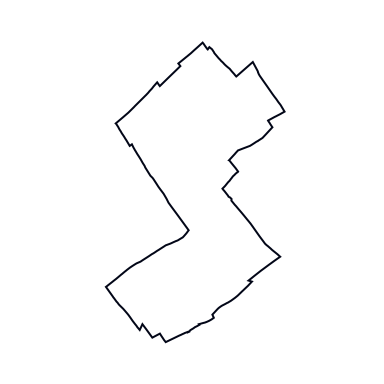 Baneasa, Galati, Romania (Robinson projection), rotated 54°
{"feature_id": "2599482B61447316542835", "entity_name": "Baneasa", "entity_type": "district", "adm_level": 2, "iso_a3": "ROU", "parent_name": "Romania", "parent_adm1": "Galati", "projection": "robinson", "projection_center": [27.977, 45.93], "detail": "fine", "context": "isolated", "style": "outline", "palette": "ink", "viewbox_px": 384, "rotation_deg": 54, "n_neighbors": 0, "source": "geoboundaries", "source_scale": "gbopen_adm2", "svg_char_len": 4452}
<svg xmlns="http://www.w3.org/2000/svg" viewBox="0 0 384 384"><g transform="rotate(54 192 192)"><path d="M301.1,284.8L301.2,284.1L301.3,283.6L301.8,281.2L301.8,280.9L302.0,280.2L302.6,278.0L303.0,278.1L303.3,276.7L303.1,276.7L303.0,275.9L303.1,275.4L302.8,274.6L303.1,271.2L303.1,268.9L303.2,268.4L303.5,266.8L303.8,264.1L303.0,264.1L304.8,259.3L305.3,258.2L305.3,257.8L305.6,257.1L305.9,255.7L306.2,254.3L306.3,253.6L306.4,252.8L306.6,251.0L306.6,248.8L306.6,248.3L303.2,247.6L301.8,240.5L301.6,239.3L301.5,238.2L301.5,236.9L301.5,235.9L301.6,234.4L302.1,231.2L302.4,228.7L302.6,228.0L302.7,226.6L302.9,224.4L302.9,222.3L302.9,219.5L302.8,217.4L302.7,215.8L301.9,210.3L300.8,201.9L299.7,196.2L296.9,198.3L296.5,190.4L296.2,182.6L296.1,172.3L296.1,165.5L296.2,158.7L292.8,159.4L292.0,159.6L288.0,160.7L285.7,161.3L284.0,161.6L282.3,162.0L280.5,162.4L278.8,162.9L276.7,163.3L275.1,163.3L274.0,163.3L267.7,163.4L252.3,163.2L248.5,163.4L245.4,163.6L244.8,163.6L243.8,163.7L243.3,163.7L238.5,164.0L235.8,164.2L233.5,164.4L229.1,164.7L227.7,164.9L222.1,165.2L220.9,164.1L219.6,164.3L218.6,164.5L218.0,164.9L217.4,165.1L217.0,165.2L216.4,165.0L213.7,165.1L210.6,165.2L208.4,165.4L207.2,165.4L206.6,161.8L205.3,157.0L205.0,155.0L204.4,153.2L204.1,152.0L203.4,149.8L203.3,149.1L203.1,147.3L202.9,146.5L202.7,144.6L202.8,143.6L202.8,143.4L202.6,142.7L198.4,142.7L191.8,143.1L188.4,143.2L188.1,143.4L187.2,138.9L186.3,134.4L186.2,134.2L185.5,130.8L185.5,130.5L185.4,130.3L185.6,129.7L186.6,125.9L188.8,117.8L188.8,117.3L188.9,116.4L189.1,112.7L189.2,110.1L189.3,109.7L189.4,109.1L189.5,108.9L189.4,108.6L189.7,103.5L189.7,103.2L189.6,102.6L188.7,97.9L186.9,88.9L186.2,88.9L184.2,88.8L183.8,88.8L182.2,88.7L181.7,88.6L180.0,88.6L178.9,88.5L178.9,88.4L179.9,80.7L180.1,79.9L180.1,79.6L180.8,75.2L181.0,73.4L181.4,69.9L174.9,69.3L174.1,69.2L172.9,69.2L170.1,69.3L166.3,69.2L163.1,69.3L160.8,69.3L159.6,69.3L150.4,69.1L143.5,69.0L138.4,68.9L137.8,68.9L135.9,68.7L135.2,68.5L134.1,68.3L134.0,68.2L133.2,67.9L132.3,67.7L122.6,66.4L123.6,77.3L124.6,88.1L124.6,88.3L122.6,88.5L121.6,88.5L117.9,88.9L116.2,89.0L114.4,89.1L112.6,89.6L110.6,90.1L108.7,90.5L107.3,90.7L106.7,90.8L106.0,90.8L105.6,90.9L104.4,91.1L103.1,91.4L101.5,91.5L101.4,91.5L99.6,91.8L92.7,92.3L92.4,92.2L92.2,92.1L88.3,91.9L85.7,92.6L85.0,92.8L85.9,95.5L85.4,95.6L84.9,95.6L83.4,95.6L81.5,95.6L78.9,95.5L77.6,95.6L77.4,95.6L78.2,103.0L78.6,107.1L79.1,111.3L79.7,121.7L80.0,127.5L83.3,127.4L84.1,132.8L85.5,142.8L87.4,155.8L85.7,155.8L83.5,155.7L82.8,155.7L84.0,161.0L84.8,163.7L85.1,165.4L85.3,166.2L85.4,167.0L85.8,168.4L86.0,169.2L86.5,171.9L86.6,172.3L86.6,172.6L89.0,188.1L89.1,188.4L90.4,196.8L91.0,204.0L91.7,213.4L92.2,213.3L92.7,213.3L94.4,213.4L96.2,213.5L97.3,213.7L98.9,213.9L101.1,214.0L102.6,214.2L104.1,214.3L104.9,214.3L107.2,214.4L108.4,214.5L109.5,214.6L111.7,214.7L113.8,214.9L116.0,215.1L118.1,215.3L118.1,212.6L121.6,213.2L123.3,213.4L124.9,213.6L125.4,213.6L127.6,213.8L129.8,214.0L130.3,214.0L130.7,214.0L130.9,214.0L131.0,214.0L131.8,214.1L132.1,214.1L135.2,214.3L139.5,214.8L143.0,215.0L144.6,215.4L154.4,216.1L157.4,215.6L158.9,215.6L164.8,215.9L167.9,216.1L171.4,216.1L176.7,216.0L182.7,216.6L186.8,217.3L191.9,217.3L203.1,217.2L221.0,217.2L221.5,218.9L221.8,219.7L222.0,220.4L222.2,221.1L222.9,224.1L223.2,225.6L223.3,226.4L223.2,226.8L223.2,227.2L223.1,227.8L223.1,228.3L223.0,229.3L222.9,230.2L222.9,231.2L222.6,232.8L222.3,233.7L221.6,237.0L221.3,238.6L221.0,240.0L220.1,243.2L219.7,244.6L219.6,246.9L219.5,248.6L219.4,250.4L219.3,252.0L219.3,252.6L219.1,254.8L219.0,258.0L218.9,259.5L218.7,261.0L218.6,264.4L218.5,266.2L218.4,267.9L218.2,271.2L218.1,273.5L218.1,274.1L218.1,274.5L217.3,278.1L217.2,278.5L217.1,279.3L217.0,280.6L216.8,283.8L216.7,286.7L216.8,290.7L216.9,291.7L216.9,292.5L217.1,295.6L217.2,296.5L217.2,297.5L217.6,302.9L217.7,304.4L217.8,307.4L217.9,309.4L218.0,312.1L218.0,312.3L218.1,314.2L218.1,314.8L218.2,316.2L218.2,317.4L218.5,317.4L230.3,317.5L231.2,317.6L231.6,317.5L232.1,317.5L232.5,317.5L235.2,317.5L236.4,317.5L237.5,317.3L240.0,317.3L241.4,317.1L246.1,316.3L252.3,315.8L254.1,315.7L257.2,315.7L261.2,315.8L265.4,315.7L267.1,315.6L267.4,315.6L268.6,315.6L269.3,315.7L270.0,315.6L271.0,315.5L271.6,315.5L272.9,315.4L271.2,312.3L269.8,309.8L275.9,309.7L279.2,309.7L286.5,309.7L287.7,301.2L290.7,301.4L293.7,301.5L295.0,301.6L298.0,301.5L300.0,290.4L300.7,286.5L301.0,285.3L301.1,284.8Z" fill="none" stroke="#020617" stroke-width="2"/></g></svg>